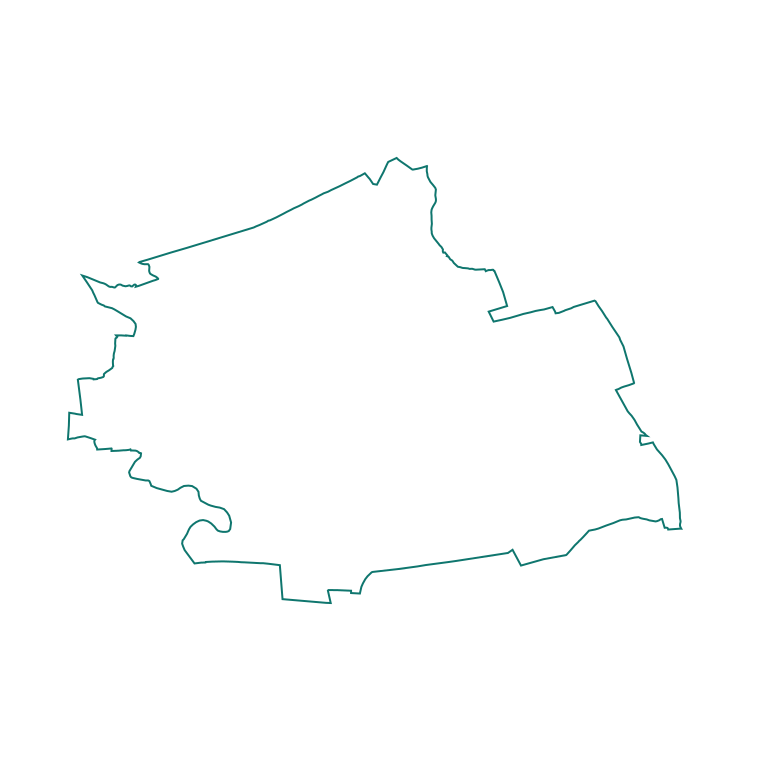 the district of Stolniceni-Prajescu, Iasi, Romania, rotated 187°
{"feature_id": "2599482B99499640370979", "entity_name": "Stolniceni-Prajescu", "entity_type": "district", "adm_level": 2, "iso_a3": "ROU", "parent_name": "Romania", "parent_adm1": "Iasi", "projection": "equal_earth", "projection_center": [26.758, 47.184], "detail": "fine", "context": "isolated", "style": "outline", "palette": "teal", "viewbox_px": 768, "rotation_deg": 187, "n_neighbors": 0, "source": "geoboundaries", "source_scale": "gbopen_adm2", "svg_char_len": 6137}
<svg xmlns="http://www.w3.org/2000/svg" viewBox="0 0 768 768"><g transform="rotate(187 384 384)"><path d="M367.9,605.6L372.6,603.4L376.7,601.8L381.5,600.3L382.2,600.4L387.7,603.4L394.6,607.0L397.2,608.5L399.0,609.9L406.9,604.9L407.8,602.4L410.4,594.2L412.4,589.0L415.3,581.0L419.2,581.2L423.2,585.8L424.7,587.1L427.9,590.1L428.7,590.8L433.2,587.5L435.0,586.7L435.8,585.9L442.0,581.6L446.8,578.5L452.2,574.9L460.0,570.1L463.0,568.0L467.3,565.8L468.2,565.1L471.9,562.6L474.6,560.7L478.7,558.0L480.5,557.0L485.9,553.3L487.4,552.1L490.4,550.1L495.1,547.3L497.2,545.8L501.6,542.9L504.4,540.9L511.1,536.3L517.2,532.5L518.7,532.0L520.1,530.8L527.0,526.6L530.3,524.8L532.3,523.5L596.2,495.1L611.3,488.6L633.7,478.6L641.5,475.3L642.0,474.8L639.9,474.1L638.5,473.8L636.2,473.7L633.6,474.1L632.6,474.1L632.3,473.8L631.9,473.3L631.1,471.7L630.9,467.7L630.5,466.6L629.8,465.3L629.2,464.8L628.1,464.3L626.4,463.6L623.7,462.8L621.9,461.8L621.0,461.0L621.0,460.7L623.8,459.2L625.7,458.4L639.4,451.5L642.2,450.3L642.0,451.1L642.0,451.6L642.6,452.2L643.2,452.4L643.6,452.3L644.1,452.1L645.8,450.2L647.0,450.1L648.3,450.8L648.9,450.8L649.7,450.5L651.1,449.9L652.5,449.5L653.6,449.6L655.6,449.8L656.8,450.4L657.9,450.6L659.2,450.4L660.6,449.7L662.7,447.1L663.5,446.9L665.9,447.3L667.6,447.0L669.0,447.3L672.2,449.0L673.6,449.5L674.9,449.8L678.1,450.2L691.5,453.9L696.7,454.9L691.4,448.9L685.0,441.4L683.7,439.1L682.3,437.0L678.4,430.4L677.8,429.7L674.0,428.3L671.7,427.8L670.5,427.0L663.2,426.1L660.7,425.2L657.5,423.8L648.2,419.6L643.6,418.3L640.3,415.9L637.9,413.3L637.2,410.5L637.3,407.6L638.0,403.2L638.6,401.0L641.8,400.8L645.9,400.8L645.9,400.5L650.9,400.2L655.9,399.6L655.6,399.3L654.9,399.3L654.8,399.0L654.4,398.9L654.4,398.5L655.0,397.4L655.9,396.7L656.1,396.1L655.8,391.4L655.3,389.1L655.4,383.9L655.8,381.4L655.8,379.1L655.5,377.2L655.5,376.0L655.6,375.7L655.9,375.5L655.9,374.3L655.8,372.8L655.2,369.4L654.9,368.9L655.5,367.8L655.7,366.8L658.7,364.0L661.0,362.2L663.0,360.0L663.2,359.6L663.0,357.9L663.1,357.3L663.6,356.7L665.7,355.7L668.5,354.8L669.0,354.5L669.3,354.0L670.4,353.7L672.8,353.2L673.0,353.7L676.9,353.9L678.1,353.7L683.8,352.7L687.4,351.7L688.4,351.0L683.4,331.4L679.9,316.6L684.9,316.7L685.4,316.7L687.2,316.9L692.9,317.1L691.7,304.1L691.0,290.5L687.9,291.6L686.3,292.1L684.4,292.3L681.7,293.6L677.2,295.0L675.0,295.6L674.0,295.6L668.4,294.5L664.0,293.5L664.4,292.9L664.5,292.3L664.5,291.6L664.3,290.8L663.9,289.7L662.9,287.8L661.0,285.3L660.7,284.0L652.7,285.5L646.6,286.8L646.5,286.7L646.3,284.3L639.6,285.4L634.4,286.5L632.2,286.8L628.9,287.6L627.7,288.2L627.0,287.1L626.1,287.3L622.6,287.6L621.2,287.4L619.1,286.4L618.5,285.7L617.1,285.8L616.7,285.6L616.7,282.5L617.3,281.0L619.7,278.8L621.7,276.4L626.0,266.6L626.2,265.1L624.5,261.5L623.8,260.8L623.1,260.4L621.5,260.1L617.5,259.7L608.8,259.2L606.1,259.5L605.0,259.0L603.5,256.5L602.6,254.6L596.9,253.0L586.1,251.4L581.7,251.2L578.7,252.3L575.8,254.0L573.4,256.2L570.1,258.4L565.7,259.3L562.0,259.3L557.4,257.2L555.0,254.4L554.2,250.8L552.9,247.8L551.5,245.8L543.7,242.8L541.1,242.2L536.3,241.5L531.9,241.3L527.5,240.3L524.1,237.4L521.6,234.4L518.9,227.9L519.0,221.3L520.2,219.1L521.5,218.4L523.2,217.9L525.8,217.6L528.7,217.7L531.0,218.2L532.5,219.3L534.9,221.8L538.5,224.5L541.7,226.1L543.6,226.6L547.0,226.9L550.4,226.0L553.6,224.0L556.4,221.4L558.6,218.7L559.8,216.1L560.5,213.9L561.2,211.4L563.8,205.6L564.8,204.3L564.9,200.9L563.5,198.1L561.6,194.8L550.2,182.8L543.8,184.4L539.4,185.1L539.3,185.6L533.2,186.7L522.4,188.3L512.6,189.2L507.4,189.6L504.0,189.7L500.6,190.0L484.6,191.1L482.2,191.4L476.6,191.5L465.3,191.5L458.5,158.1L415.2,159.7L410.2,160.1L414.5,172.1L414.0,172.7L405.4,173.7L391.5,174.8L391.2,172.5L382.4,173.1L381.9,178.2L381.7,180.0L380.6,183.6L378.8,188.0L376.9,191.2L374.6,194.0L373.3,195.6L372.3,196.1L347.2,202.1L328.6,207.0L320.5,209.4L298.5,215.1L290.7,217.2L241.1,231.2L240.5,231.3L236.2,235.1L225.9,220.5L204.4,229.5L182.4,236.4L181.9,236.9L178.4,241.9L174.9,247.2L171.9,250.9L171.2,252.0L170.1,253.2L167.8,256.2L164.2,261.2L162.7,263.4L156.8,265.3L153.5,266.7L146.2,270.6L139.5,273.9L133.3,277.4L130.9,278.3L127.1,279.1L118.9,282.0L115.1,282.8L114.2,282.6L113.4,282.2L112.2,282.0L110.3,281.8L106.7,281.6L104.0,281.0L97.7,280.7L96.2,281.2L94.2,282.3L92.9,283.5L91.6,283.9L87.9,275.5L86.5,275.8L85.2,275.7L84.7,275.3L84.4,274.8L84.2,274.2L72.5,276.5L71.3,276.6L72.3,278.0L72.9,279.3L73.0,279.9L73.1,281.2L72.9,282.6L72.9,284.0L73.9,286.9L74.7,292.4L77.0,301.7L77.9,306.6L80.1,317.1L82.1,324.4L84.2,327.8L92.1,339.0L95.5,343.3L99.3,347.2L105.1,352.3L108.9,357.1L110.0,358.8L114.4,357.1L121.2,354.8L121.4,355.9L122.9,357.7L123.3,364.3L116.6,364.5L118.0,365.3L119.1,366.4L120.0,367.0L121.4,367.7L122.6,368.1L127.9,374.6L130.9,378.8L134.4,382.7L136.9,384.8L138.8,386.6L153.1,406.3L152.1,406.9L150.7,407.5L148.0,409.4L145.4,410.7L140.8,412.7L136.1,415.1L135.9,415.5L139.8,425.1L145.9,438.7L150.9,450.5L154.9,456.5L156.1,459.0L164.2,468.3L170.5,476.0L171.5,476.9L176.4,482.9L180.5,487.4L184.1,491.9L185.2,492.4L205.1,483.6L207.4,482.0L213.1,479.3L214.1,478.6L219.1,475.9L222.3,475.1L223.0,476.7L226.1,480.9L234.2,477.5L238.0,476.4L242.4,475.0L247.3,473.0L254.3,470.5L257.4,469.1L266.9,465.0L274.5,462.2L282.8,459.3L288.9,468.6L271.3,476.4L277.0,489.8L282.0,498.9L288.2,509.7L288.9,509.8L289.4,510.6L290.4,510.6L291.9,510.1L293.8,509.9L295.6,509.1L296.7,508.4L298.0,510.2L305.9,508.8L307.6,508.6L310.4,509.1L313.2,508.7L314.6,509.0L318.0,508.9L319.2,508.8L320.4,508.8L322.3,509.2L325.0,509.4L329.4,512.6L331.1,514.6L331.8,515.1L333.0,515.6L333.8,516.2L335.3,518.1L337.1,518.6L336.7,519.3L339.6,522.0L341.1,521.6L341.7,522.5L341.9,523.7L341.9,524.7L343.7,527.0L345.7,528.5L346.7,529.6L352.0,534.7L353.8,537.1L354.4,538.2L355.0,539.5L355.2,541.0L355.8,543.2L356.0,544.9L356.0,548.8L356.8,553.0L357.3,556.8L358.0,560.1L358.0,562.8L357.6,564.3L356.9,566.3L355.2,570.1L354.9,571.2L354.8,572.2L355.0,573.9L356.0,577.2L356.1,578.0L356.2,583.3L357.0,584.9L357.6,585.5L359.7,587.6L361.9,589.6L362.7,590.4L365.6,594.6L366.2,596.0L366.5,597.5L367.5,600.5L367.8,603.4L367.9,604.9L367.8,605.5L367.9,605.6Z" fill="none" stroke="#0f766e" stroke-width="2"/></g></svg>